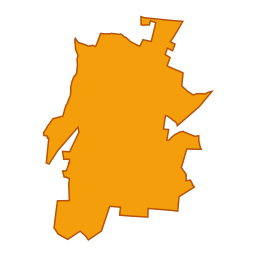 outline of Abalá, Yucatán, Mexico, rotated 89°
{"feature_id": "50627088B14708178050051", "entity_name": "Abalá", "entity_type": "district", "adm_level": 2, "iso_a3": "MEX", "parent_name": "Mexico", "parent_adm1": "Yucatán", "projection": "mercator", "projection_center": [-89.689, 20.66], "detail": "fine", "context": "isolated", "style": "filled", "palette": "amber", "viewbox_px": 256, "rotation_deg": 89, "n_neighbors": 0, "source": "geoboundaries", "source_scale": "gbopen_adm2", "svg_char_len": 3782}
<svg xmlns="http://www.w3.org/2000/svg" viewBox="0 0 256 256"><g transform="rotate(89 128 128)"><path d="M46.0,159.4L45.3,160.9L45.0,161.2L44.7,162.5L45.3,164.8L45.5,165.2L45.4,166.4L44.1,169.1L43.2,171.4L43.1,171.6L42.0,175.6L40.5,177.1L37.4,179.1L38.8,179.6L40.0,179.5L40.6,179.6L40.9,179.7L41.6,179.6L41.9,179.5L42.9,179.3L43.7,179.2L44.1,179.1L45.1,179.4L46.2,179.2L47.1,179.2L48.8,178.9L54.6,176.7L58.1,177.7L58.9,177.8L60.6,177.6L62.0,177.6L64.1,177.5L67.2,177.7L68.0,178.0L69.2,178.0L72.2,178.4L72.8,178.9L73.6,179.0L73.9,179.4L74.0,179.4L74.5,180.1L75.1,180.7L75.2,180.8L76.6,181.6L76.9,181.7L80.8,183.3L86.1,184.5L89.7,184.6L93.5,184.9L95.0,185.3L99.5,187.3L101.1,187.7L103.4,188.9L104.2,189.6L108.5,191.0L114.9,192.9L115.8,196.4L116.5,199.2L117.3,202.8L119.8,204.7L121.1,205.6L122.0,206.2L122.4,206.6L123.0,207.0L124.4,208.1L127.1,209.7L131.5,212.6L134.1,212.2L134.0,211.7L134.3,210.8L134.8,208.7L136.8,208.8L136.8,207.4L161.6,210.3L161.6,209.8L162.1,209.0L162.6,207.6L149.6,198.8L126.3,178.0L127.6,177.7L131.3,177.1L138.5,180.6L150.8,186.9L150.2,193.8L158.2,192.8L158.1,187.1L161.1,187.2L161.9,187.2L162.0,188.0L163.6,188.1L169.9,190.5L169.8,194.1L175.9,192.8L176.0,190.8L177.1,188.9L177.2,187.5L177.5,187.5L183.1,188.2L199.5,187.9L199.6,199.8L210.3,201.4L219.6,202.7L226.9,203.7L227.3,203.2L232.9,199.6L238.3,190.2L233.3,182.4L230.3,177.6L235.3,172.2L239.2,169.6L230.5,156.3L206.0,147.7L207.0,136.9L215.0,137.9L215.4,134.1L216.3,124.5L217.4,109.7L208.8,109.3L210.9,87.6L211.9,79.7L197.7,78.2L195.4,74.6L191.6,68.3L188.2,62.7L186.6,63.8L186.4,64.6L185.5,64.4L181.8,66.2L181.7,66.2L181.2,66.5L181.5,68.7L181.5,68.9L181.7,70.9L181.4,70.9L180.8,70.8L177.0,70.7L175.4,70.7L168.5,75.4L168.4,75.3L150.0,69.6L150.6,55.1L150.4,55.2L150.2,55.3L148.2,56.1L147.1,56.5L145.0,56.8L143.3,57.2L142.4,57.4L136.9,57.4L137.6,61.2L136.9,62.4L136.5,63.7L132.9,72.1L132.3,72.9L133.0,76.5L134.2,78.4L134.5,79.0L135.0,80.2L135.2,80.9L135.7,81.6L137.0,83.3L138.4,84.9L140.4,86.8L140.8,87.4L141.1,87.6L140.9,89.4L130.2,87.4L129.8,92.6L116.7,90.4L116.3,90.3L116.7,88.5L117.1,87.6L118.1,86.4L118.8,85.6L119.1,85.1L120.8,83.2L122.3,81.0L123.6,79.7L124.4,78.9L125.4,78.9L126.6,78.7L114.8,64.6L114.2,63.9L107.8,56.3L100.7,50.2L92.9,43.4L93.3,45.4L93.4,45.8L93.9,47.3L95.4,50.8L95.3,51.3L95.2,52.2L95.0,53.9L94.9,54.9L94.9,56.0L95.0,56.8L94.9,57.0L94.9,58.0L95.0,58.9L95.0,59.3L95.4,60.0L95.8,61.2L96.0,61.9L96.0,62.1L96.0,62.4L95.8,62.8L95.1,63.8L94.3,64.9L93.7,65.9L93.4,66.3L92.9,67.1L92.5,67.5L92.1,68.1L91.9,68.3L91.5,68.7L91.2,69.1L90.4,69.7L88.4,72.1L87.8,72.5L87.5,72.9L86.9,73.5L74.1,72.0L73.8,72.1L72.1,75.7L71.9,76.1L71.5,77.0L71.2,77.8L70.8,78.7L70.4,79.5L70.0,80.3L69.7,81.2L69.5,81.5L69.3,82.0L68.9,82.8L66.6,87.8L58.3,84.7L55.2,89.6L49.0,87.2L48.9,87.2L51.5,82.1L45.0,79.5L42.5,84.2L38.3,81.1L30.6,76.3L22.3,71.4L21.1,83.7L19.5,97.6L18.0,110.0L16.8,113.1L25.2,113.1L25.4,111.3L25.3,104.8L21.2,103.7L23.1,98.3L34.9,101.4L41.9,103.3L40.0,111.5L46.3,114.6L45.8,117.0L45.5,117.1L45.1,117.3L44.8,118.1L44.7,118.3L44.5,118.7L44.3,119.0L44.2,119.3L44.0,119.8L43.8,120.1L43.5,120.7L43.2,121.2L42.8,121.9L42.5,122.4L42.5,122.6L42.1,123.3L41.9,123.7L41.7,124.0L41.4,124.4L41.0,124.9L40.8,125.1L40.2,125.4L39.8,126.1L39.4,126.5L38.6,127.3L37.9,128.0L37.7,128.2L37.6,128.4L37.0,129.3L36.8,130.1L36.6,130.5L35.8,131.2L35.4,131.8L35.2,132.0L34.8,132.3L34.4,133.0L33.9,133.5L34.0,134.2L34.2,134.8L34.2,135.6L34.1,136.2L34.0,136.7L33.9,137.1L33.8,137.8L33.7,138.8L33.7,139.1L33.6,139.7L33.5,140.5L33.4,141.2L33.3,141.7L33.1,142.8L33.4,144.0L33.4,144.5L33.6,145.1L33.6,145.4L33.5,145.8L33.4,146.0L33.5,146.7L33.5,147.7L33.6,148.4L33.5,149.0L33.5,149.3L33.4,149.9L33.4,150.5L33.2,152.2L33.1,152.8L33.0,153.8L41.1,156.8L45.7,159.0L46.0,159.4Z" fill="#f59e0b" stroke="#b45309" stroke-width="1.5"/></g></svg>